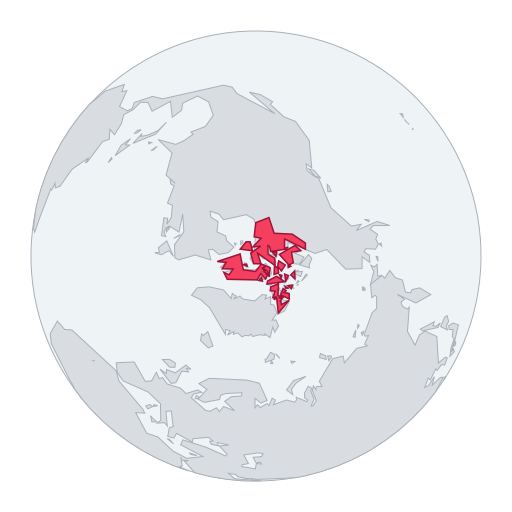 the Earth from above Nunavut, rotated 147°
{"feature_id": "CAN-634", "entity_name": "Nunavut", "entity_type": "Territory", "adm_level": 1, "iso_a3": "CAN", "parent_name": "Canada", "parent_adm1": "", "projection": "orthographic", "projection_center": [-85.605, 67.518], "detail": "medium", "context": "on_globe", "style": "filled", "palette": "rose", "viewbox_px": 512, "rotation_deg": 147, "n_neighbors": 0, "source": "natural_earth", "source_scale": "10m", "svg_char_len": 12063}
<svg xmlns="http://www.w3.org/2000/svg" viewBox="0 0 512 512"><g transform="rotate(147 256 256)"><circle cx="256" cy="256" r="225" fill="#eef3f6" stroke="#a8b0b8"/><path d="M311.1,474.5L312.4,474.0L308.5,474.4L292.3,476.4L273.0,471.6L278.9,466.9L274.3,465.0L289.1,455.6L284.8,447.8L279.4,447.1L274.4,451.0L255.8,446.2L248.8,438.7L190.3,417.0L184.0,410.6L183.5,402.5L162.7,365.1L172.3,397.1L164.5,389.0L158.0,376.4L161.4,375.4L156.8,357.5L149.6,347.4L148.4,324.0L161.3,299.5L163.7,306.1L166.6,299.7L163.7,291.2L161.1,287.2L166.9,255.7L159.7,229.1L150.4,225.3L157.9,222.7L135.6,219.0L127.2,208.7L141.0,217.6L145.7,216.4L142.2,207.9L146.3,205.0L146.9,199.3L152.1,196.6L159.7,202.3L163.2,200.7L160.5,194.9L164.0,188.7L167.5,197.5L173.9,187.7L187.9,196.1L193.1,222.9L205.1,226.0L221.8,250.0L224.5,245.7L232.6,252.5L238.8,250.1L240.1,255.5L243.9,249.1L241.5,244.6L242.4,240.4L245.8,238.7L248.1,245.1L246.7,246.9L249.2,247.9L248.9,252.0L251.0,249.0L253.3,257.2L256.1,246.7L262.3,251.3L262.4,257.4L255.7,259.8L239.5,280.8L237.7,288.2L241.7,296.0L263.5,304.1L264.2,311.2L270.0,318.6L272.7,313.2L269.1,305.5L275.6,297.5L270.4,289.3L272.3,285.0L269.7,275.6L277.3,273.9L286.1,277.4L288.6,285.2L292.6,287.1L296.0,277.3L306.4,289.9L323.1,294.9L325.0,298.7L318.2,309.9L303.4,315.5L294.6,331.1L307.6,318.0L312.2,328.1L316.0,328.6L320.0,326.4L321.1,321.5L324.2,324.5L312.5,338.2L309.5,335.7L313.3,331.3L306.3,334.2L298.5,344.0L301.4,348.6L286.4,359.4L288.3,362.9L286.1,367.3L284.1,360.9L287.4,372.8L270.3,388.2L274.6,406.9L262.5,393.3L253.3,391.9L242.5,392.3L243.0,395.4L227.9,392.2L215.2,397.3L211.8,411.1L217.9,422.0L234.4,424.1L238.9,418.8L250.7,417.9L243.4,432.3L264.3,434.0L262.9,443.6L269.2,447.8L279.3,445.7L290.0,446.5L297.0,440.2L308.7,434.8L309.5,441.9L315.5,433.8L322.3,435.5L345.1,427.2L343.5,429.5L362.8,429.0L382.6,421.2L387.2,422.5L384.9,426.4L391.5,422.6L391.6,424.0L416.8,405.7L428.7,396.4L427.6,400.3L416.3,413.9L412.3,418.2L399.9,429.4L386.6,439.6L372.6,448.8L358.0,456.9L342.8,463.9L327.1,469.8L311.1,474.5ZM55.6,295.2L57.1,292.1L57.5,296.9L55.6,295.2ZM57.1,288.3L56.8,289.8L56.9,288.2L57.1,288.3ZM56.7,285.9L57.0,287.7L56.4,285.9L56.7,285.9ZM55.8,282.9L56.4,284.4L56.2,284.4L55.8,282.9ZM274.0,412.9L297.9,417.5L284.9,420.7L287.3,418.9L281.1,416.4L269.8,414.5L258.3,417.0L274.0,412.9ZM55.2,277.6L55.1,276.2L55.8,277.3L55.2,277.6ZM283.3,401.9L279.2,401.7L283.1,401.1L283.3,401.9ZM159.3,285.9L163.2,291.4L164.3,300.3L160.6,296.1L159.3,285.9ZM157.8,269.2L160.8,270.7L157.3,277.3L156.7,274.4L157.8,269.2ZM142.8,223.4L145.2,227.7L141.5,224.6L142.8,223.4ZM146.0,199.0L144.1,198.7L145.2,195.9L146.0,199.0ZM265.7,277.2L267.6,276.4L267.1,278.6L265.7,277.2ZM262.7,273.9L260.7,276.9L258.9,275.9L260.2,274.0L262.7,273.9ZM154.2,189.3L156.7,184.9L155.5,190.3L154.2,189.3ZM265.6,270.5L256.1,273.5L253.2,271.6L255.5,263.0L265.6,270.5ZM159.0,183.0L164.9,172.7L161.0,171.2L175.4,169.9L165.6,178.9L164.7,185.7L162.5,182.3L159.0,183.0ZM239.3,244.0L242.0,248.6L236.6,246.4L239.3,244.0ZM235.6,243.6L217.7,243.3L215.4,235.7L221.9,237.3L216.4,229.0L224.1,225.5L228.8,229.2L228.8,234.7L231.8,229.2L235.6,243.6ZM182.4,170.9L184.9,169.4L183.7,172.1L182.4,170.9ZM242.3,238.5L238.9,239.0L236.7,232.5L243.1,230.3L241.8,233.1L242.3,238.5ZM211.1,228.6L210.6,223.5L216.7,219.2L217.4,216.7L224.1,224.7L211.1,228.6ZM244.0,233.7L246.5,229.4L250.6,230.9L245.5,237.6L244.0,233.7ZM233.4,231.8L232.7,228.6L235.2,229.6L233.4,231.8ZM266.8,234.3L262.8,234.9L261.3,231.6L266.8,234.3ZM247.1,227.6L245.7,227.1L244.6,225.9L247.0,223.5L247.1,227.6ZM227.9,221.2L230.5,220.6L225.5,217.7L229.8,214.5L233.5,220.5L233.8,216.6L235.1,215.6L236.6,221.6L227.9,221.2ZM246.3,217.4L252.5,224.2L260.3,223.7L261.9,226.7L249.0,226.9L246.3,217.4ZM240.5,219.3L244.5,218.8L244.4,222.6L241.6,225.4L240.5,219.3ZM231.5,210.2L223.8,213.5L223.3,212.1L231.5,210.2ZM248.6,216.5L247.1,214.9L249.2,216.0L248.6,216.5ZM236.8,211.2L234.1,212.6L233.6,210.9L236.8,211.2ZM246.2,210.6L248.2,212.8L246.4,214.7L246.2,210.6ZM241.9,210.3L241.8,207.7L244.5,214.1L240.8,211.1L241.9,210.3ZM236.7,209.4L235.5,208.9L237.9,209.1L236.7,209.4ZM251.9,202.3L255.8,209.9L251.8,214.0L248.6,206.0L251.9,202.3ZM266.1,30.9L266.8,31.0L271.3,31.2L287.2,32.9L303.0,35.7L318.5,39.6L333.8,44.6L341.4,47.5L351.6,53.1L378.1,68.8L379.2,70.5L384.7,74.2L391.5,80.9L392.0,83.9L397.4,88.7L395.3,81.0L389.2,76.1L380.3,70.8L381.2,70.1L374.3,64.8L389.4,74.5L402.5,84.9L414.8,96.2L426.2,108.4L425.4,107.7L427.8,123.0L425.1,121.5L424.9,121.6L424.6,121.7L429.6,125.2L428.5,128.3L432.2,120.1L434.9,120.8L429.6,112.5L439.8,125.7L448.9,139.7L457.0,154.3L464.0,169.5L469.8,185.1L474.5,201.1L478.0,217.5L480.2,234.0L480.0,231.8L479.9,234.0L480.6,244.2L479.9,246.8L479.8,252.8L475.4,293.9L470.9,303.0L458.0,309.6L456.5,298.6L450.7,294.3L435.8,235.9L439.0,225.8L434.4,189.0L434.9,184.8L442.2,190.2L444.2,167.0L436.9,157.7L431.9,137.7L424.3,124.1L409.7,116.7L422.0,138.7L417.5,141.6L402.2,123.1L390.4,104.8L388.2,105.4L390.1,116.6L381.7,112.3L390.1,120.6L390.9,117.3L396.2,122.5L395.8,125.9L392.8,124.2L394.7,129.9L408.4,137.1L410.7,134.5L419.3,150.6L424.0,148.0L428.3,152.8L422.1,159.2L418.3,158.1L411.4,172.2L416.2,174.7L423.0,161.7L423.4,165.9L429.9,169.7L425.3,170.1L416.6,184.1L420.5,200.6L435.5,223.6L435.7,234.0L431.4,242.6L415.9,233.5L417.2,211.2L411.7,208.1L402.9,212.8L404.0,205.7L400.6,205.0L400.2,197.0L391.3,186.4L389.6,178.7L378.0,175.5L375.6,171.2L383.2,174.2L387.5,172.4L382.4,154.0L379.1,150.8L371.9,150.3L371.4,145.5L365.1,147.4L358.2,137.9L361.4,151.2L353.1,151.4L344.5,146.5L342.3,149.0L356.3,157.2L361.4,158.4L364.8,155.5L379.1,161.4L382.6,167.5L369.8,170.8L373.4,180.1L361.9,178.9L331.1,156.8L322.5,147.4L325.3,128.8L332.0,130.0L334.3,137.2L339.6,129.2L335.6,130.5L335.2,126.6L327.1,126.2L326.5,123.5L319.9,127.9L318.2,124.5L322.4,121.8L309.0,118.7L303.2,112.4L300.5,113.1L299.2,115.6L292.7,106.2L291.0,107.1L292.5,110.5L290.0,114.6L283.2,118.3L281.3,114.9L283.5,113.1L285.3,104.3L291.5,100.2L290.1,99.2L284.2,101.9L282.0,112.6L278.5,115.9L278.5,110.5L278.2,112.7L275.9,113.3L271.7,110.6L271.2,116.4L247.7,128.1L237.4,124.6L240.1,118.3L221.7,123.7L211.5,119.9L212.9,122.9L205.0,128.0L208.1,129.2L208.2,131.1L189.3,145.3L183.4,146.2L176.9,156.4L177.6,158.1L181.6,157.9L175.4,169.9L161.0,171.2L160.1,167.3L151.7,171.0L150.9,161.8L146.3,156.1L150.3,144.3L146.4,141.0L143.5,142.9L136.0,140.1L130.4,128.4L147.5,129.5L158.4,146.9L155.0,138.9L159.5,138.3L160.6,134.1L157.9,128.9L155.3,129.7L170.1,110.2L171.1,94.6L162.0,100.8L155.1,100.9L148.2,90.0L161.3,66.9L152.3,68.0L151.1,66.4L157.2,61.8L159.3,63.8L166.5,61.4L166.7,63.5L177.3,57.1L178.1,59.8L186.0,53.8L181.8,53.3L172.1,57.7L178.6,51.7L167.4,53.7L165.0,52.3L179.9,44.1L194.6,39.3L212.1,35.0L230.0,32.2L248.0,30.9L266.1,30.9ZM448.2,255.7L450.4,257.7L448.2,255.7ZM382.7,87.2L372.5,77.8L368.8,81.7L364.6,78.5L364.9,81.1L368.6,82.1L368.1,88.8L360.8,84.8L357.8,86.3L361.1,89.6L374.6,95.8L375.4,86.1L381.3,88.4L382.7,87.2ZM345.8,426.8L348.6,427.1L345.0,428.6L345.8,426.8ZM283.5,424.5L288.4,424.0L291.0,425.0L287.3,426.0L283.5,424.5ZM323.8,415.8L329.2,414.8L323.7,417.3L323.8,415.8ZM301.5,417.8L319.4,416.9L308.7,422.3L297.3,422.7L305.0,420.4L301.5,417.8ZM281.7,408.0L284.8,408.3L284.1,410.2L281.7,408.0ZM286.1,401.5L285.0,401.8L283.3,400.5L286.1,401.5ZM312.9,327.2L313.9,326.2L318.1,325.0L316.5,327.5L312.9,327.2ZM334.7,308.6L339.2,313.8L334.8,311.7L333.5,316.1L322.6,317.3L325.4,300.7L326.1,307.9L334.7,308.6ZM309.0,314.7L315.5,315.6L308.2,315.3L309.0,314.7ZM382.0,210.0L384.6,206.9L388.9,209.7L390.9,220.2L384.8,216.3L382.0,210.0ZM387.4,202.0L374.1,202.7L372.3,196.4L375.5,199.7L375.7,195.5L381.0,199.8L392.2,193.4L396.7,195.5L398.1,213.4L395.2,206.3L392.8,209.6L387.4,202.0ZM343.4,218.0L337.6,218.8L341.1,204.0L346.1,204.9L348.5,215.3L344.0,220.3L343.4,218.0ZM271.6,255.0L269.1,256.7L268.5,254.9L270.1,251.9L271.6,255.0ZM265.0,234.9L281.6,245.6L279.6,248.0L291.7,251.6L291.2,259.7L283.4,257.0L292.1,266.0L284.8,266.9L291.3,272.3L274.0,265.6L267.9,266.9L274.9,262.3L275.5,254.9L273.9,252.0L264.8,245.1L251.9,244.5L250.5,237.3L252.9,232.3L255.8,231.3L255.8,236.3L259.6,231.4L261.9,237.9L265.0,234.9ZM281.8,181.8L280.6,187.4L288.7,179.9L291.0,185.8L291.8,184.6L296.1,188.1L302.7,190.3L302.8,193.3L305.4,192.9L308.3,195.3L311.8,195.8L313.2,201.5L317.6,202.6L315.7,204.7L323.0,205.1L318.2,207.4L321.5,210.9L324.4,206.8L323.1,237.9L326.2,249.6L331.5,258.2L322.5,261.3L311.9,255.5L301.8,245.3L300.0,233.8L296.3,237.5L294.4,233.1L298.1,232.0L291.2,231.1L290.6,227.3L281.6,219.0L272.0,220.3L268.4,217.4L271.9,215.0L265.9,213.9L270.1,207.3L267.7,205.2L269.4,196.8L277.5,193.5L274.1,191.4L275.2,185.0L281.8,181.8ZM252.7,199.9L261.9,194.4L267.6,195.0L262.3,209.5L263.9,212.3L260.7,221.9L252.4,220.8L254.1,218.2L253.8,215.4L256.5,216.8L254.1,213.5L256.4,209.8L255.1,206.3L258.4,205.5L252.7,199.9ZM431.4,179.5L431.1,176.3L429.6,171.1L433.7,173.6L431.4,179.5ZM425.8,189.2L424.9,186.1L429.9,186.7L430.2,190.2L425.8,189.2ZM420.1,184.0L424.4,185.9L422.3,186.9L420.1,184.0ZM381.9,171.5L380.4,168.4L381.9,167.9L384.7,169.5L381.9,171.5ZM306.1,161.7L304.6,164.5L303.1,163.9L296.2,167.3L294.0,163.3L297.2,159.7L306.1,161.7ZM414.2,120.7L418.9,125.1L418.9,126.9L417.3,125.0L414.2,120.7ZM428.6,149.8L427.4,143.3L429.8,150.6L428.6,149.8ZM302.5,157.9L300.0,159.7L300.4,156.6L302.5,157.9ZM292.0,160.6L291.8,157.1L292.9,163.2L292.0,160.6ZM163.2,51.7L162.4,51.3L163.3,50.8L166.4,49.7L163.2,51.7ZM279.7,127.9L291.7,127.5L298.9,124.9L300.6,119.7L303.4,127.0L292.3,131.0L279.7,127.9ZM251.9,128.4L250.4,133.2L247.6,131.5L247.5,130.2L251.9,128.4ZM253.4,131.0L258.1,136.2L255.1,139.2L252.0,134.5L253.4,131.0ZM280.8,146.3L284.5,146.4L284.0,148.9L280.8,146.3ZM137.7,72.6L139.7,72.8L135.6,76.1L135.3,75.0L137.7,72.6ZM123.8,87.9L135.1,77.2L144.5,69.2L140.9,70.8L141.7,67.8L148.0,66.2L142.4,72.8L135.0,78.6L135.3,81.4L130.8,87.1L134.0,89.1L132.4,92.5L127.3,92.5L123.8,87.9ZM135.7,89.8L139.6,96.2L131.0,102.0L128.2,101.9L130.0,96.4L134.4,93.7L135.7,89.8ZM138.0,99.5L142.3,97.0L157.1,102.5L158.1,105.2L142.3,103.7L145.5,101.2L143.4,99.0L138.0,99.5ZM183.4,167.8L184.8,169.2L182.2,169.4L183.4,167.8ZM210.0,131.7L209.7,134.3L206.7,134.2L210.0,131.7ZM207.2,141.5L210.7,139.7L207.7,143.1L207.2,141.5ZM218.6,135.5L212.5,139.7L217.2,133.7L218.6,135.5Z" fill="#d9dde1" stroke="#a8b0b8" stroke-width="1"/><path d="M227.5,245.6L241.1,251.7L239.5,256.3L240.1,258.3L240.4,258.1L244.9,250.9L241.5,244.0L245.2,237.6L253.1,257.5L256.1,246.8L262.2,250.8L258.9,261.3L246.6,261.7L253.8,265.3L242.1,268.1L247.1,273.1L238.0,284.1L224.2,281.2L228.4,265.2L213.7,254.6L207.5,240.0L210.8,234.8L222.7,254.7L227.9,247.0L224.2,245.8L227.5,245.6ZM268.2,266.3L274.2,251.3L264.8,243.3L255.8,246.3L250.5,238.5L256.5,231.3L254.7,235.5L255.0,238.4L257.0,241.2L256.5,241.1L254.4,242.3L257.0,242.6L257.2,239.7L256.4,239.7L256.1,238.8L255.5,238.5L255.5,238.3L257.7,238.3L255.9,234.9L257.9,235.4L256.2,234.0L260.5,231.5L261.6,238.6L268.2,235.4L292.8,252.1L291.9,259.8L288.8,254.9L282.2,257.6L291.3,263.7L284.5,266.9L291.5,272.5L268.2,266.3ZM268.5,195.9L261.5,209.4L264.1,209.5L264.3,210.2L261.0,210.6L264.5,212.0L259.1,216.1L263.0,219.1L260.3,222.1L252.3,220.4L259.1,210.9L255.4,206.1L259.6,208.8L257.6,206.0L260.9,204.8L259.6,204.8L261.2,201.4L252.4,200.8L268.5,195.9ZM228.3,230.1L233.3,230.5L235.5,244.6L217.6,243.6L215.5,236.1L224.2,239.9L228.3,230.1ZM248.6,206.5L251.5,201.8L256.5,210.1L250.9,213.9L249.5,210.7L252.5,210.1L248.6,206.5ZM262.1,226.4L260.0,228.7L249.9,227.8L245.8,219.0L262.1,226.4ZM243.4,235.5L239.6,239.5L236.4,232.5L242.8,229.6L243.4,235.5ZM265.4,270.3L256.6,273.3L253.2,271.1L256.2,262.3L265.4,270.3ZM250.9,230.7L245.8,237.8L244.4,233.5L246.2,229.5L250.9,230.7ZM244.5,218.9L241.8,225.1L239.4,221.9L244.5,218.9ZM231.7,222.4L235.9,215.6L237.1,221.1L231.7,222.4ZM241.2,211.7L244.2,209.3L245.3,213.6L241.2,211.7ZM263.0,235.1L264.3,231.4L267.0,234.0L263.0,235.1ZM239.5,245.0L240.3,251.0L236.5,247.9L239.5,245.0ZM247.0,223.5L246.5,227.4L244.9,225.7L247.0,223.5ZM248.3,214.5L246.3,211.1L248.7,213.1L248.3,214.5ZM268.9,252.1L271.1,255.6L268.3,254.4L268.9,252.1ZM235.2,228.8L233.6,231.5L233.3,229.5L232.6,228.5L235.2,228.8Z" fill="#f43f5e" stroke="#9f1239" stroke-width="1.5"/></g></svg>